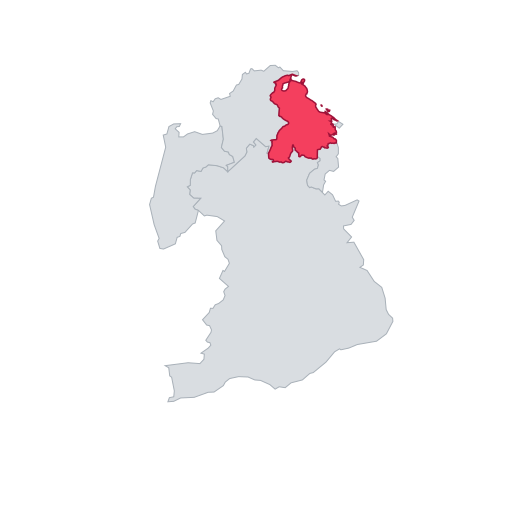 Venezuela and the surrounding countries, rotated 40°
{"feature_id": "VEN", "entity_name": "Venezuela", "entity_type": "country or territory", "adm_level": 0, "iso_a3": "VEN", "parent_name": "South America", "parent_adm1": "", "projection": "robinson", "projection_center": [-65.797, 6.433], "detail": "fine", "context": "with_neighbors", "style": "filled", "palette": "rose", "viewbox_px": 512, "rotation_deg": 40, "n_neighbors": 5, "source": "natural_earth", "source_scale": "50m", "svg_char_len": 10571}
<svg xmlns="http://www.w3.org/2000/svg" viewBox="0 0 512 512"><g transform="rotate(40 256 256)"><path d="M282.2,424.3L280.7,420.2L283.5,416.7L280.1,411.8L269.3,403.1L267.0,403.3L261.0,397.7L256.9,398.4L272.6,381.4L282.2,374.5L282.5,368.6L279.5,364.4L276.3,365.8L278.6,357.3L278.7,353.3L276.4,352.0L274.1,353.2L271.7,352.8L270.6,343.4L269.4,341.2L265.2,339.2L262.6,340.6L256.0,339.2L256.5,329.3L254.7,325.3L256.7,323.8L256.1,319.6L257.9,316.4L259.1,310.7L257.7,306.2L254.2,304.1L253.6,301.3L254.5,297.0L242.4,296.7L240.0,288.3L241.8,288.1L240.3,278.7L236.6,276.5L232.6,276.6L225.6,273.0L223.1,270.3L216.0,269.1L209.0,262.6L209.4,249.4L201.0,250.7L192.1,256.3L190.7,258.5L182.6,258.1L179.0,259.3L176.1,258.5L176.5,247.4L171.2,251.7L165.6,251.5L163.1,247.7L158.9,247.2L160.2,244.1L156.6,239.7L153.9,233.1L155.6,231.8L155.6,228.7L159.5,226.6L158.8,222.7L160.4,220.1L160.9,216.7L168.2,211.8L174.4,209.3L180.2,209.6L183.2,186.5L182.2,182.3L179.3,179.6L179.3,174.3L183.0,173.1L184.3,173.9L184.5,171.1L180.7,170.4L180.6,165.8L193.2,166.0L195.3,163.4L198.3,170.1L199.5,169.2L203.1,173.0L208.1,172.5L209.3,170.3L216.8,167.4L217.5,164.3L222.1,162.3L221.8,160.7L216.3,160.1L215.7,150.6L212.8,148.7L214.0,148.1L223.9,150.8L225.7,149.1L237.5,145.2L239.9,142.5L239.0,140.4L242.4,140.1L243.9,141.8L243.0,145.0L245.3,146.1L246.7,149.4L245.0,152.0L243.9,158.2L246.1,165.3L250.0,168.7L253.2,169.1L253.9,167.6L258.8,166.0L260.9,164.1L269.5,165.0L269.7,160.0L275.3,159.9L281.8,162.9L283.8,161.0L285.2,161.3L286.1,163.3L289.2,162.8L291.7,160.0L297.4,148.0L299.6,147.7L304.8,164.4L308.3,165.6L308.5,170.7L303.7,176.7L305.7,178.9L317.0,180.0L317.2,187.3L322.1,182.5L340.9,189.6L344.0,193.9L342.9,197.9L350.4,195.7L362.9,199.5L372.5,199.2L382.0,205.3L390.2,213.4L395.1,215.5L400.6,215.8L402.9,218.1L405.9,231.8L403.1,243.8L390.5,258.7L386.2,267.0L381.3,273.3L379.7,273.4L377.8,278.8L377.8,292.4L374.8,308.5L372.7,311.4L371.2,321.1L364.4,330.6L363.0,338.1L357.8,341.3L356.2,345.7L349.3,345.6L339.4,348.4L334.8,351.7L327.7,353.8L320.2,359.6L314.6,366.8L313.5,372.3L314.3,376.3L311.3,387.2L306.9,391.2L299.5,404.0L289.5,413.2L286.4,420.2L282.2,424.3Z" fill="#d9dde1" stroke="#a8b0b8" stroke-width="1"/><path d="M180.2,209.6L174.4,209.3L168.2,211.8L160.9,216.7L160.4,220.1L158.8,222.7L159.5,226.6L155.6,228.7L155.6,231.8L153.9,233.1L156.6,239.7L160.2,244.1L158.9,247.2L163.1,247.7L165.6,251.5L171.2,251.7L176.5,247.4L176.1,258.5L179.0,259.3L182.6,258.1L188.2,269.8L186.8,272.3L186.4,283.6L183.9,287.2L185.1,289.9L183.6,292.4L186.4,298.5L180.7,310.1L177.5,312.0L171.1,307.8L170.5,304.8L157.9,297.5L141.4,285.0L138.7,279.0L139.7,276.9L134.2,267.3L116.9,230.7L107.2,223.0L109.3,219.8L106.1,212.8L108.1,207.7L113.2,203.1L114.0,206.1L112.2,207.9L112.4,210.5L117.6,210.7L120.3,214.4L123.9,211.4L125.1,206.5L129.1,200.2L136.8,197.3L143.8,189.7L145.8,184.9L144.9,179.4L146.6,178.7L155.9,187.5L159.7,195.1L164.5,196.0L168.0,194.1L170.4,195.4L174.2,194.7L179.2,198.1L175.0,205.6L176.9,205.7L180.2,209.6Z" fill="#d9dde1" stroke="#a8b0b8" stroke-width="1"/><path d="M199.5,169.2L198.3,170.1L195.3,163.4L193.2,166.0L180.6,165.8L180.7,170.4L184.5,171.1L184.3,173.9L183.0,173.1L179.3,174.3L179.3,179.6L182.2,182.3L183.2,186.5L180.2,209.6L176.9,205.7L175.0,205.6L179.2,198.1L174.2,194.7L170.4,195.4L168.0,194.1L164.5,196.0L159.7,195.1L155.9,187.5L146.6,178.7L144.9,179.4L139.0,175.3L137.1,176.4L131.7,175.4L130.1,172.3L122.5,168.2L121.6,166.0L124.0,165.4L123.7,161.8L125.3,159.1L128.5,158.6L133.6,150.2L131.3,148.5L132.5,144.3L131.1,137.6L132.5,135.7L131.5,129.5L128.9,125.7L129.8,122.1L131.8,122.6L133.1,120.5L131.6,116.2L132.4,115.1L135.7,115.3L140.5,110.3L143.2,109.5L144.5,100.9L148.2,97.5L152.2,97.4L152.8,95.9L157.8,96.5L165.3,91.2L168.4,87.7L170.7,88.1L172.4,90.0L171.1,92.5L167.0,93.7L165.3,97.4L161.0,102.1L158.4,111.6L161.7,112.1L163.9,117.0L163.8,124.2L165.4,124.8L166.9,127.3L175.2,126.6L178.9,127.6L183.4,133.8L194.3,132.6L196.6,133.9L194.0,140.2L193.5,145.5L196.8,154.1L193.5,157.7L197.6,161.9L199.5,169.2Z" fill="#d9dde1" stroke="#a8b0b8" stroke-width="1"/><path d="M266.0,164.5L260.9,164.1L258.8,166.0L253.9,167.6L253.2,169.1L250.0,168.7L246.1,165.3L243.9,158.2L245.0,152.0L246.7,149.4L245.3,146.1L243.0,145.0L243.9,141.8L242.4,140.1L239.0,140.4L234.7,134.9L236.4,132.9L236.3,129.5L241.8,127.0L239.6,124.3L240.2,121.6L245.2,117.3L249.4,120.0L253.4,124.8L253.6,128.5L256.0,128.7L262.1,134.8L261.1,141.3L257.2,143.2L256.3,148.7L259.2,154.0L261.3,154.0L262.1,158.1L266.0,164.5Z" fill="#d9dde1" stroke="#a8b0b8" stroke-width="1"/><path d="M232.8,99.9L237.9,99.2L237.6,104.6L231.1,104.8L233.0,102.8L232.8,99.9Z" fill="#d9dde1" stroke="#a8b0b8" stroke-width="1"/><path d="M243.6,116.0L244.8,117.8L244.8,118.0L244.6,118.2L243.9,118.6L243.7,118.8L243.5,119.6L242.5,120.0L241.9,120.6L241.2,121.3L240.4,121.4L240.1,121.7L239.8,122.6L239.5,122.9L239.1,123.4L239.1,123.7L239.7,124.6L239.8,125.0L239.6,125.4L239.6,125.7L240.0,126.1L240.3,126.2L240.7,126.1L241.2,126.1L241.5,126.2L241.6,126.3L241.6,126.6L241.4,127.3L241.2,127.7L239.9,128.3L239.1,129.0L238.4,128.8L238.1,128.8L237.7,129.2L236.6,129.4L236.4,129.5L236.2,129.8L236.0,130.3L236.3,131.3L236.3,131.8L236.5,133.0L236.3,133.3L235.9,133.6L235.4,134.2L234.8,135.0L234.9,135.3L239.0,140.4L239.4,140.7L239.9,141.9L239.9,142.2L239.7,142.6L239.4,143.1L239.0,143.5L237.9,144.1L237.5,145.0L237.3,145.2L236.7,145.5L235.5,145.4L235.0,146.0L234.2,146.2L233.8,147.0L232.1,147.7L230.4,148.2L229.9,148.4L228.3,148.0L227.9,148.1L227.0,148.8L226.6,148.9L226.3,149.0L226.1,149.6L226.0,151.5L225.4,152.1L224.7,152.1L224.2,151.4L223.6,150.9L222.6,149.7L222.3,149.6L222.0,149.6L221.1,149.9L220.3,149.6L217.9,149.7L217.6,149.3L217.3,148.7L216.8,148.2L216.4,148.1L214.3,148.1L214.1,148.0L213.8,147.4L213.4,147.1L213.0,147.1L212.8,147.5L213.5,148.5L213.7,149.1L214.4,149.9L216.3,151.6L216.6,152.2L216.6,153.9L216.6,154.9L217.1,156.4L217.8,157.9L218.0,158.8L217.9,159.5L217.7,159.9L217.8,160.1L218.5,160.4L219.9,160.6L220.7,160.6L222.0,160.7L222.1,161.2L222.0,162.1L221.7,162.6L220.8,162.8L220.1,163.4L219.1,163.9L218.5,164.0L218.0,164.2L217.8,164.4L217.6,165.4L217.3,166.5L216.7,167.1L216.1,167.7L215.4,167.7L214.9,167.7L214.7,167.9L213.8,168.9L213.3,169.2L212.8,169.1L212.2,169.4L211.5,169.8L211.0,170.2L210.5,170.8L209.9,171.5L209.3,172.0L208.6,173.3L208.0,173.3L208.0,172.8L208.3,172.1L208.0,171.5L207.5,171.2L207.2,171.1L206.4,171.5L205.2,172.4L204.8,172.6L203.2,172.8L203.0,172.7L202.4,172.3L199.6,169.4L199.4,168.9L199.5,168.4L199.2,167.7L199.0,166.9L198.9,166.6L198.8,166.0L198.2,164.2L197.9,163.7L198.0,163.3L197.9,163.0L197.7,162.7L197.4,161.7L197.5,161.3L197.4,160.9L196.7,160.3L196.2,159.6L195.6,159.0L195.1,158.7L194.9,158.1L194.8,157.9L194.5,157.9L193.8,157.6L193.2,157.9L193.2,157.5L193.4,157.2L195.4,155.1L196.5,154.1L196.6,153.9L196.8,153.4L195.6,151.4L194.9,150.8L194.5,150.1L194.1,148.5L193.7,147.7L193.6,147.1L193.6,146.4L193.5,145.8L193.3,145.5L193.3,144.3L193.5,142.4L193.6,140.9L193.5,139.9L193.7,139.1L194.3,138.6L194.6,137.8L194.7,136.7L195.1,135.8L195.7,135.1L195.9,134.4L195.7,133.7L195.7,133.3L195.1,132.8L194.1,132.5L193.3,132.5L192.7,132.8L191.4,133.1L189.3,133.4L187.6,133.4L186.3,133.1L185.3,133.2L184.7,133.7L184.2,133.8L183.9,133.6L183.6,133.5L183.2,133.7L181.2,131.0L178.9,127.7L178.7,127.6L177.8,127.7L177.0,127.5L176.1,127.0L175.3,126.7L174.8,126.6L174.3,126.7L173.0,127.3L172.3,127.4L171.7,127.4L170.2,127.1L169.1,127.0L167.4,127.4L166.6,127.1L166.1,126.6L165.4,124.6L164.2,124.3L163.8,124.0L163.7,123.5L163.6,122.8L163.8,120.2L164.4,119.4L164.2,117.9L164.0,117.2L162.5,115.4L161.6,111.9L161.3,111.7L160.9,111.8L160.6,111.7L160.3,111.0L160.0,110.8L159.1,111.3L158.2,111.5L158.0,111.3L158.0,111.1L158.9,109.5L159.9,107.8L160.3,107.0L160.7,104.0L161.2,101.9L162.1,100.1L162.4,99.3L163.5,97.8L163.9,97.3L165.2,96.7L166.7,93.8L167.1,93.3L169.8,92.5L171.2,91.9L171.0,92.2L170.6,92.6L170.1,92.9L167.7,93.6L167.1,94.0L167.1,94.6L167.2,95.1L167.9,96.8L168.1,97.2L169.1,98.0L168.9,98.2L168.5,98.2L168.8,99.3L169.4,100.1L169.4,100.6L168.9,102.2L168.1,103.1L167.5,104.2L167.0,104.6L166.0,106.8L166.8,108.0L166.9,108.7L167.6,109.6L168.0,109.9L168.3,110.3L168.1,110.9L168.4,111.7L168.7,112.2L169.2,112.4L169.7,112.4L171.2,111.8L171.6,111.5L171.8,111.1L172.6,110.2L172.6,109.0L172.8,107.6L172.6,106.6L171.8,105.3L171.5,104.4L170.7,103.5L170.2,102.0L170.0,101.5L169.7,99.8L170.2,99.3L170.2,98.4L171.5,98.1L174.4,96.6L176.1,96.2L178.1,95.4L178.6,95.0L179.0,94.4L179.3,94.3L180.3,94.9L180.9,94.7L181.1,94.2L180.8,93.2L180.2,93.2L178.4,93.6L178.2,93.2L178.2,92.8L177.8,91.7L178.3,90.1L178.8,89.9L179.6,89.6L180.2,90.0L180.5,90.5L180.7,90.9L180.8,92.0L181.1,93.2L181.5,94.0L182.0,94.6L182.4,94.6L182.6,94.5L184.5,94.4L185.7,94.8L187.1,95.0L188.5,95.9L189.8,97.0L190.2,97.8L190.3,98.5L190.7,99.0L190.3,99.5L190.5,100.4L190.9,101.3L191.5,101.8L193.2,102.0L195.1,101.6L197.9,101.3L198.9,101.0L203.6,100.8L204.5,101.2L204.6,102.0L206.1,103.6L207.4,103.8L208.5,104.3L209.6,104.5L210.8,104.9L211.5,104.9L212.0,104.7L212.6,104.7L216.8,102.1L219.1,102.2L219.7,101.8L218.9,101.4L217.0,101.2L216.4,101.5L216.1,100.8L216.7,100.8L218.8,100.6L221.2,100.7L223.2,100.3L224.2,100.2L224.7,100.3L226.3,100.0L229.3,100.3L231.6,100.0L231.3,100.5L230.5,100.7L229.3,100.8L228.4,101.4L226.4,101.3L225.0,101.6L225.4,101.7L225.4,102.4L225.6,102.5L225.8,102.5L226.3,103.0L226.4,103.3L226.6,104.0L226.4,104.7L226.1,105.0L226.6,104.9L227.0,104.6L226.9,104.2L227.0,103.8L227.3,104.0L227.5,104.1L228.3,106.0L228.8,107.0L229.0,106.9L229.2,106.7L229.4,106.3L229.6,106.6L229.8,106.7L229.7,106.3L229.9,105.8L229.8,105.6L230.1,105.5L230.3,105.6L230.7,105.8L231.4,106.4L231.9,107.0L231.9,107.4L232.1,107.6L232.4,107.8L232.5,108.1L232.5,107.6L232.4,107.2L232.3,106.8L233.2,106.8L233.5,106.2L233.9,106.5L235.3,108.1L235.7,108.4L237.1,108.7L238.0,109.4L238.6,110.1L238.3,110.8L237.4,111.1L237.1,111.6L236.9,112.0L236.9,112.5L236.7,113.0L236.5,113.9L236.1,114.7L235.7,115.6L233.3,115.6L234.4,116.3L235.3,117.0L236.0,116.4L237.0,116.4L238.1,115.8L238.5,115.7L240.6,116.0L241.1,115.6L241.5,115.4L242.6,115.5L243.6,116.0ZM219.0,97.2L219.2,98.1L219.1,98.3L218.5,99.0L217.6,99.0L217.3,98.9L217.0,98.4L216.6,98.6L215.7,98.4L215.4,98.3L215.8,97.8L216.6,97.5L216.8,97.8L217.3,98.1L217.8,98.1L217.9,97.6L218.7,96.9L219.0,97.2ZM237.8,113.4L236.9,113.8L236.8,113.1L236.9,112.9L237.8,112.2L237.9,112.3L237.9,112.5L238.2,112.7L238.1,113.1L237.8,113.4ZM210.2,98.8L209.9,99.0L209.3,98.8L208.9,98.6L209.1,98.3L209.7,98.3L210.1,98.7L210.2,98.8ZM238.4,111.7L237.6,111.9L237.8,111.4L238.2,111.3L238.4,111.2L238.6,111.1L238.9,111.2L238.6,111.4L238.4,111.7Z" fill="#f43f5e" stroke="#9f1239" stroke-width="1.5"/></g></svg>